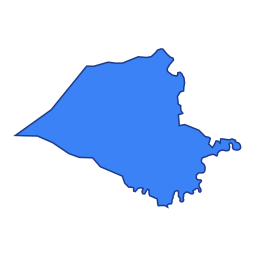 Enrique Martínez, Treinta y Tres, Uruguay (orthographic projection)
{"feature_id": "84410073B18985772517104", "entity_name": "Enrique Martínez", "entity_type": "district", "adm_level": 2, "iso_a3": "URY", "parent_name": "Uruguay", "parent_adm1": "Treinta y Tres", "projection": "orthographic", "projection_center": [-53.826, -33.156], "detail": "fine", "context": "isolated", "style": "filled", "palette": "blue", "viewbox_px": 256, "rotation_deg": 0, "n_neighbors": 0, "source": "geoboundaries", "source_scale": "gbopen_adm2", "svg_char_len": 4144}
<svg xmlns="http://www.w3.org/2000/svg" viewBox="0 0 256 256"><path d="M86.7,66.1L51.1,109.9L15.4,135.4L22.8,135.7L37.4,136.0L52.6,142.6L68.9,153.6L79.3,157.4L92.6,157.8L100.3,166.7L122.3,176.1L124.8,183.2L128.7,187.1L132.2,187.4L133.6,187.8L133.8,189.1L133.5,190.0L133.7,191.1L135.2,191.6L136.4,190.3L137.5,188.8L138.4,188.2L140.3,187.9L141.9,187.8L143.2,188.5L142.0,191.5L142.3,192.8L142.9,193.8L144.7,193.9L146.2,191.2L147.4,189.3L148.8,189.7L149.0,191.6L149.1,194.0L149.8,195.7L154.1,197.5L157.3,199.0L157.7,204.0L158.2,205.7L164.4,205.4L167.6,207.1L167.4,206.3L167.3,205.6L167.5,205.0L167.8,204.6L168.3,204.3L168.8,204.0L169.3,203.8L169.5,203.8L169.9,203.9L170.5,204.0L170.9,203.9L171.3,203.7L171.7,203.2L171.9,202.4L172.0,201.5L172.0,200.5L172.1,199.7L172.5,198.9L172.9,198.2L173.1,197.9L173.1,197.3L173.0,196.7L173.0,195.9L173.7,194.7L174.2,193.7L174.4,192.4L174.6,191.9L174.9,191.6L175.4,191.3L176.1,191.0L176.8,190.7L177.4,190.7L178.0,191.0L178.4,191.4L178.4,192.6L178.5,193.9L178.5,194.8L178.4,195.8L178.5,196.5L179.0,197.1L179.4,197.5L179.9,197.9L180.1,198.8L180.1,199.7L179.9,200.6L180.4,201.4L180.9,201.7L181.6,201.8L182.3,201.8L183.0,201.4L183.4,200.6L183.5,200.6L183.7,199.8L183.5,199.1L183.3,198.5L183.2,197.9L183.4,197.1L183.6,196.6L183.6,196.0L183.7,195.2L183.7,194.4L183.9,193.9L184.3,193.5L185.0,193.0L185.5,192.6L186.0,192.2L186.6,192.0L187.2,192.1L187.8,192.3L188.7,192.6L189.6,193.0L190.4,193.5L191.1,193.8L191.7,193.9L192.3,193.9L192.7,193.7L193.1,193.4L193.3,193.1L193.5,192.8L193.5,192.6L193.3,192.1L193.1,191.4L193.1,190.8L193.4,190.3L193.9,190.1L194.6,189.9L195.1,189.6L195.5,189.0L196.0,188.6L196.6,188.4L197.2,188.4L197.9,188.6L198.4,188.9L198.6,189.6L198.8,190.3L198.8,191.1L199.1,191.7L199.5,192.0L200.1,192.1L200.6,191.7L200.9,191.3L200.9,191.0L200.9,190.3L200.8,189.6L200.7,188.9L200.4,188.4L200.0,187.9L199.6,187.4L199.3,186.6L199.0,185.7L199.0,184.8L199.1,184.0L199.6,183.3L200.1,182.7L200.6,182.1L201.2,181.6L201.4,181.1L201.2,180.4L200.9,180.0L200.5,179.9L199.8,179.9L199.1,180.0L198.2,179.8L197.6,179.6L197.1,179.2L196.7,178.6L196.3,177.7L196.3,176.8L196.2,175.9L196.4,175.2L197.0,174.5L197.7,173.8L198.3,173.2L199.0,172.9L199.9,172.8L200.7,172.8L201.6,172.9L203.0,172.8L203.7,172.4L204.3,171.7L204.6,171.2L204.9,170.1L205.0,169.2L205.1,168.1L205.0,166.9L204.8,166.1L204.4,165.1L204.0,164.5L203.1,163.6L202.3,163.1L202.0,162.8L201.7,162.5L201.5,161.9L201.5,161.5L201.4,160.7L201.5,159.7L201.8,158.8L202.3,158.0L202.4,157.9L202.9,157.6L203.9,157.3L204.8,157.0L205.9,156.7L206.7,156.4L207.9,155.7L209.1,155.3L210.1,155.0L211.1,154.7L212.1,154.5L212.9,154.4L213.7,154.5L214.4,154.7L215.2,155.1L215.9,155.5L216.3,155.9L216.9,155.8L217.3,155.3L217.5,154.8L217.5,154.1L217.5,153.5L217.8,152.9L218.4,152.1L219.2,151.5L219.9,150.9L220.7,150.5L221.5,150.2L222.4,150.2L223.2,150.2L224.0,150.3L224.9,150.5L225.6,150.8L226.7,150.7L227.7,150.6L228.5,150.4L229.0,149.8L229.3,149.3L229.4,148.2L229.6,147.4L229.6,146.6L229.5,145.9L229.4,145.3L229.2,144.6L229.1,143.9L229.3,143.3L229.8,143.0L230.6,142.9L231.2,143.1L231.6,143.4L232.2,143.9L232.6,144.6L232.7,145.4L232.6,146.3L232.6,147.2L232.7,147.9L232.9,148.5L233.4,149.1L234.1,149.5L235.0,149.8L235.6,149.9L236.4,150.0L237.3,150.0L238.0,149.9L238.8,149.7L239.4,149.4L240.1,148.8L240.4,148.4L240.5,147.9L240.6,147.4L240.6,146.6L240.4,145.9L240.2,145.1L239.9,144.5L239.5,143.9L239.2,143.5L238.7,143.1L238.1,142.8L237.1,142.4L236.2,142.2L235.7,141.7L235.4,141.2L235.3,140.7L235.5,140.3L232.1,138.9L229.0,139.9L223.3,139.0L220.7,138.9L220.1,143.1L218.2,141.2L216.1,140.9L214.1,145.2L212.4,147.5L208.7,144.1L210.3,138.4L209.0,137.4L205.3,136.6L198.8,130.2L184.8,124.6L179.3,125.6L178.4,114.7L181.7,113.8L182.8,113.2L181.1,111.0L180.6,108.0L180.8,105.8L178.3,104.1L177.4,96.5L180.2,92.0L183.6,90.9L183.9,86.7L184.6,82.9L183.9,77.8L181.6,73.6L179.9,72.2L177.8,72.8L177.6,75.3L176.1,76.0L172.1,75.0L167.7,71.5L167.0,69.0L169.6,64.6L173.5,60.1L173.0,58.2L170.1,57.0L166.8,53.9L164.0,50.5L163.0,49.2L161.0,48.9L157.5,50.1L155.5,52.7L151.2,56.7L146.3,57.5L138.2,56.8L122.5,63.1L116.1,63.2L108.1,62.2L93.6,66.3L86.7,66.1Z" fill="#3b82f6" stroke="#1e3a8a" stroke-width="1.5"/></svg>